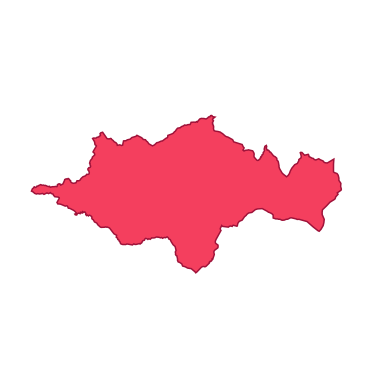 Mejia, Pichincha, Ecuador, rotated 331°
{"feature_id": "8360857B86630198193549", "entity_name": "Mejia", "entity_type": "district", "adm_level": 2, "iso_a3": "ECU", "parent_name": "Ecuador", "parent_adm1": "Pichincha", "projection": "orthographic", "projection_center": [-78.69, -0.497], "detail": "fine", "context": "isolated", "style": "filled", "palette": "rose", "viewbox_px": 384, "rotation_deg": 331, "n_neighbors": 0, "source": "geoboundaries", "source_scale": "gbopen_adm2", "svg_char_len": 6048}
<svg xmlns="http://www.w3.org/2000/svg" viewBox="0 0 384 384"><g transform="rotate(331 192 192)"><path d="M332.0,232.0L324.4,232.2L322.8,231.1L322.0,230.2L321.7,228.4L319.7,225.8L319.0,224.4L315.8,224.0L314.7,222.9L314.4,221.5L313.2,220.4L312.5,219.1L311.5,217.8L312.0,216.4L311.9,215.4L308.3,214.4L307.3,210.7L306.2,210.0L305.7,210.1L305.3,212.3L304.7,214.0L303.8,215.0L301.2,215.4L300.6,216.4L298.0,218.1L295.1,217.9L291.0,219.5L288.3,221.2L286.1,223.1L283.9,224.2L282.1,224.5L280.5,220.7L280.0,219.0L279.9,214.1L280.3,212.1L280.8,211.3L281.9,208.1L282.2,206.9L281.8,205.1L282.5,203.6L281.9,201.6L280.8,199.9L280.0,195.1L279.3,194.6L279.4,193.1L278.7,192.0L278.2,192.0L278.0,191.7L278.3,189.5L279.3,188.6L279.6,187.3L278.3,187.3L277.8,187.5L275.9,189.5L275.7,190.6L274.6,191.6L273.5,191.9L272.9,192.9L272.1,193.5L271.4,193.4L270.7,194.2L269.2,194.6L269.0,195.3L268.3,195.3L267.2,196.2L266.6,196.1L265.5,196.5L264.7,196.2L264.1,195.5L263.3,191.7L263.6,190.6L264.8,188.9L265.1,187.4L265.0,185.4L261.7,182.4L260.9,182.3L259.1,181.5L257.6,181.4L257.3,181.2L256.9,180.0L258.2,179.4L259.0,178.5L258.7,177.4L258.9,174.8L252.8,168.4L252.9,165.9L250.0,161.3L249.1,160.5L248.3,159.4L247.0,155.7L246.2,154.4L245.9,153.5L244.1,151.7L241.8,150.0L241.0,148.9L241.5,147.0L242.6,145.4L242.7,144.4L243.0,144.1L242.9,142.4L243.5,141.9L243.5,141.3L245.3,140.1L245.1,138.7L246.0,138.0L248.4,137.6L246.5,136.0L246.5,134.9L246.3,134.6L245.2,134.2L244.1,134.9L242.9,134.4L241.4,134.9L239.6,134.9L238.2,133.6L235.7,132.1L234.1,131.9L231.0,133.1L230.7,133.4L230.1,132.6L229.0,132.8L227.7,131.9L225.0,130.6L223.1,132.1L221.1,131.1L219.2,130.8L218.0,129.8L216.6,130.0L214.3,129.7L213.0,130.1L210.3,129.2L208.6,129.8L207.0,130.7L205.8,130.8L204.2,131.5L202.1,131.4L198.3,130.8L197.5,132.0L196.9,132.5L195.1,132.4L191.0,133.0L189.6,132.5L186.6,132.3L185.1,131.8L182.0,132.6L179.8,132.5L177.6,128.9L177.4,126.6L176.9,125.6L176.6,123.7L174.8,122.4L174.7,121.2L174.1,119.8L171.3,115.7L169.9,116.1L165.8,115.2L163.5,115.8L160.7,115.0L159.1,115.1L156.9,114.1L154.0,117.4L153.0,117.2L151.6,115.7L149.3,115.0L149.7,113.8L149.4,112.0L148.3,110.4L148.0,108.8L147.2,106.9L147.2,106.1L146.8,105.7L145.2,105.4L143.6,104.2L142.8,96.4L141.0,96.0L139.9,96.3L139.3,98.2L137.5,98.4L137.1,98.7L135.5,98.1L134.6,98.3L133.7,98.1L131.9,97.0L131.0,97.0L131.1,100.8L130.1,103.6L130.6,104.6L130.7,105.4L125.0,108.8L124.8,109.3L125.5,110.7L124.9,112.4L121.7,113.2L121.0,114.2L118.4,115.2L116.4,117.1L116.6,118.0L116.0,118.7L115.9,120.2L115.1,121.0L114.2,121.0L113.6,120.7L112.0,121.4L111.7,122.7L112.0,123.4L111.5,125.4L111.0,126.0L110.4,126.3L109.5,126.2L108.6,125.5L106.7,126.2L104.0,125.8L101.5,126.4L99.7,127.4L98.4,127.3L96.9,126.4L95.0,127.7L92.7,127.0L91.6,126.1L90.9,124.6L90.9,123.7L91.3,123.2L90.9,122.5L90.7,120.9L90.2,120.1L89.0,120.2L88.4,119.5L86.7,119.4L86.1,120.1L83.0,122.4L80.5,122.3L80.4,120.8L79.0,120.2L77.7,120.5L77.1,121.4L76.4,121.8L75.1,120.8L74.4,120.7L72.3,119.6L70.4,119.2L70.2,118.0L69.6,118.0L68.1,116.7L67.2,115.3L66.2,114.8L65.4,113.9L64.1,113.4L63.3,112.2L60.8,112.0L59.9,112.1L59.3,111.7L58.6,112.1L57.5,112.2L57.0,111.9L56.7,111.1L56.4,111.0L55.4,111.6L54.0,111.8L52.0,113.4L53.1,115.0L53.7,116.9L54.9,118.3L56.2,118.6L57.8,119.9L60.7,120.9L61.4,122.3L64.7,122.5L65.8,123.9L67.9,123.9L68.1,125.0L69.5,126.6L69.3,127.6L69.7,129.6L72.4,131.5L73.1,132.5L72.9,133.1L68.8,135.7L68.9,137.5L69.8,137.9L71.3,139.1L74.3,142.9L75.7,143.3L76.2,144.0L76.0,146.2L77.2,147.1L79.6,150.7L80.1,151.8L80.6,153.9L80.7,154.5L80.4,154.7L78.8,154.5L78.9,155.4L80.0,156.2L81.0,155.5L82.4,155.4L83.7,156.7L84.6,155.7L85.5,157.0L85.9,157.2L86.3,156.2L86.8,156.0L87.5,157.4L88.3,157.3L88.7,157.6L88.8,159.4L88.1,160.2L88.4,161.5L89.2,161.4L89.8,162.7L90.5,162.5L91.2,162.6L92.3,164.6L92.3,165.3L91.6,166.5L91.6,167.5L92.2,168.3L92.2,170.9L93.6,172.9L93.8,174.0L93.6,174.6L94.8,178.2L95.4,178.9L98.4,180.4L99.5,180.6L99.9,181.2L100.7,181.4L102.4,183.4L103.5,190.8L105.1,193.3L103.8,194.9L104.5,196.3L104.1,197.6L104.6,198.2L104.7,199.1L104.5,199.6L104.8,200.6L104.5,202.6L105.6,204.1L108.5,205.8L109.9,205.9L114.2,209.4L116.0,209.2L116.7,210.2L117.5,210.7L120.9,211.6L121.3,212.3L121.8,212.0L122.4,212.2L123.6,212.0L124.6,211.1L125.5,210.8L127.0,211.1L127.9,210.3L129.0,210.1L130.0,211.1L130.4,212.1L131.6,211.9L132.5,213.1L134.6,212.6L135.4,213.2L137.3,214.0L139.0,214.1L139.9,214.6L140.3,215.2L140.9,215.3L142.2,216.8L143.3,217.0L143.8,218.2L145.1,218.2L146.0,218.5L146.7,219.2L147.8,219.1L148.6,219.3L149.1,220.5L148.9,221.8L149.9,223.1L149.7,225.3L149.9,228.9L150.8,231.5L149.7,235.5L148.8,235.9L148.2,236.6L148.0,237.5L147.3,238.6L147.3,239.8L147.8,240.4L146.9,243.6L146.2,244.7L146.0,246.4L147.1,247.7L148.2,249.9L147.9,252.2L149.9,254.2L151.2,256.3L153.5,258.2L154.1,258.5L155.9,263.2L156.1,264.5L157.5,264.3L163.9,262.3L165.6,262.5L166.5,263.1L167.0,263.7L168.2,263.8L172.6,262.6L173.2,262.2L173.1,261.8L174.5,261.4L175.0,261.8L176.2,261.5L176.9,260.7L177.3,260.8L177.3,260.3L178.0,260.4L181.2,257.5L181.9,255.3L182.5,254.5L183.7,253.9L187.4,253.4L188.1,252.8L189.0,251.1L187.8,248.3L188.1,247.1L188.7,246.2L190.1,245.1L198.7,239.7L198.6,238.8L199.0,237.6L201.7,235.8L201.7,236.1L202.2,237.0L206.7,240.3L207.0,240.4L207.7,240.1L209.2,240.4L210.5,241.6L211.6,241.0L212.0,241.1L214.7,243.7L215.2,243.6L216.8,241.7L219.0,240.6L222.3,240.9L225.9,239.1L228.1,238.7L228.9,238.2L231.3,237.8L234.5,238.9L238.9,238.1L241.2,238.6L245.4,240.6L248.3,245.1L249.1,246.8L249.7,247.3L251.3,249.6L251.8,251.5L250.4,254.1L252.4,256.3L253.4,256.7L254.5,257.8L255.7,258.5L257.1,260.4L259.1,261.3L261.0,261.5L262.6,262.2L265.4,262.3L266.5,262.8L270.3,266.3L270.6,266.9L272.4,267.8L278.3,273.6L281.0,281.2L283.4,286.9L284.2,288.0L286.7,287.2L290.4,285.0L292.5,282.7L294.4,280.0L294.9,274.9L296.0,272.8L297.5,270.8L302.8,269.4L307.7,267.8L313.3,267.5L314.0,267.2L315.4,265.9L318.6,264.8L318.6,263.2L323.2,262.7L324.0,261.9L324.7,259.2L326.4,256.6L326.1,253.0L327.2,251.1L328.0,248.2L327.8,246.2L326.0,244.1L325.5,243.0L329.3,236.2L332.0,232.0Z" fill="#f43f5e" stroke="#9f1239" stroke-width="1.5"/></g></svg>